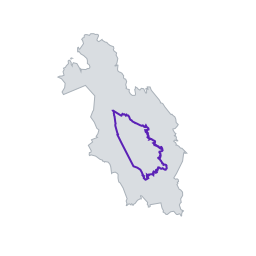 Qaraghandy highlighted on a map of Kazakhstan, rotated 63°
{"feature_id": "KAZ-3203", "entity_name": "Qaraghandy", "entity_type": "Region", "adm_level": 1, "iso_a3": "KAZ", "parent_name": "Kazakhstan", "parent_adm1": "", "projection": "robinson", "projection_center": [73.067, 48.605], "detail": "fine", "context": "in_parent", "style": "outline", "palette": "violet", "viewbox_px": 256, "rotation_deg": 63, "n_neighbors": 0, "source": "natural_earth", "source_scale": "10m", "svg_char_len": 7358}
<svg xmlns="http://www.w3.org/2000/svg" viewBox="0 0 256 256"><g transform="rotate(63 128 128)"><path d="M147.8,164.3L146.6,164.8L145.9,165.7L145.0,165.4L143.3,167.1L138.3,169.6L135.2,173.1L135.1,174.8L134.3,174.8L132.4,173.6L132.8,172.2L131.8,171.1L125.4,171.2L124.4,165.9L121.9,165.9L122.5,159.5L121.0,160.2L119.4,157.4L116.5,154.8L114.0,155.9L107.6,155.4L101.2,156.3L97.2,151.9L96.4,150.5L84.3,143.0L70.7,146.6L68.9,170.3L66.0,170.4L63.3,166.1L59.6,163.7L53.9,164.9L50.8,167.3L50.8,165.2L51.8,163.1L51.9,161.0L48.3,160.3L47.0,158.4L45.4,158.3L45.6,156.3L44.5,154.6L43.6,151.8L41.1,150.9L40.8,150.0L41.1,149.3L41.7,149.0L44.0,148.9L45.6,149.8L47.5,149.6L46.4,149.0L45.0,147.1L47.4,144.3L52.6,144.0L56.6,144.4L54.5,142.9L56.8,139.0L56.6,137.2L57.3,135.9L56.9,134.7L56.2,134.1L54.0,133.9L52.1,134.9L49.6,133.6L47.4,133.1L43.4,134.6L40.5,136.4L37.6,136.9L37.6,137.6L37.3,137.4L36.8,137.7L36.9,138.1L33.9,136.6L33.5,136.1L33.6,135.5L35.4,135.7L35.9,135.3L32.6,129.3L29.2,128.7L28.2,129.1L27.3,127.8L27.4,126.0L25.5,124.8L25.4,123.8L26.1,122.3L28.0,120.2L27.1,118.8L27.3,117.9L28.4,115.7L29.8,114.7L30.5,113.0L31.5,112.2L32.5,112.4L35.2,115.6L35.6,115.8L37.3,115.2L37.8,114.7L37.3,110.9L38.2,111.0L41.0,109.4L42.1,108.0L43.7,107.7L46.3,106.5L49.0,104.0L50.8,104.5L51.5,105.5L52.9,105.5L56.0,104.1L57.6,105.5L61.4,105.5L65.0,108.3L66.3,109.9L66.4,111.1L66.7,111.4L67.3,110.6L67.0,108.8L67.5,108.4L70.8,110.6L72.4,111.1L74.3,110.3L74.9,109.5L76.7,108.4L77.3,108.6L79.3,108.1L81.3,109.2L82.4,109.0L83.4,107.9L86.0,108.1L88.4,110.4L91.2,110.9L91.5,111.7L92.9,111.1L94.3,109.4L96.0,110.5L98.6,110.4L100.9,109.4L102.0,107.1L101.9,106.5L101.0,105.8L96.7,104.5L96.4,103.7L94.7,102.7L96.7,101.5L97.9,101.3L99.6,100.2L98.7,98.1L100.2,96.2L104.7,96.4L105.2,96.0L105.0,95.4L103.3,94.6L101.1,94.3L100.9,93.9L101.3,93.3L102.8,92.8L102.5,92.4L101.4,92.6L100.1,92.2L101.5,89.7L104.9,90.1L117.3,87.4L119.6,87.3L120.3,87.7L121.1,86.6L122.3,85.9L125.9,85.6L135.3,83.7L135.7,83.3L135.6,82.6L137.1,82.3L139.3,81.2L141.8,81.4L145.0,82.6L147.7,81.7L148.5,82.8L149.8,86.1L149.6,87.5L149.2,88.2L149.3,88.5L150.5,88.8L153.8,88.5L154.6,87.8L155.6,89.0L155.9,90.2L156.6,89.8L156.5,89.2L158.2,89.1L159.7,90.1L162.0,89.5L161.9,90.2L160.1,91.6L160.0,92.3L160.6,93.3L162.7,92.2L164.5,92.4L165.1,93.0L165.6,92.0L167.5,90.9L169.3,90.5L170.1,90.0L170.4,89.2L177.1,87.0L176.3,88.9L175.1,88.9L175.5,89.7L182.3,94.4L190.5,105.4L193.3,109.9L195.4,108.8L195.5,107.4L196.8,106.7L198.8,107.3L198.6,108.7L200.2,108.8L200.6,110.1L205.8,110.2L207.0,109.2L209.9,108.5L212.9,109.9L215.1,113.3L218.5,114.4L218.6,115.4L219.9,117.2L224.7,117.9L227.0,116.2L227.3,116.7L226.9,117.5L227.8,118.0L228.9,119.3L230.1,119.7L230.6,120.6L228.0,120.8L227.7,121.5L227.7,123.0L226.9,124.1L223.0,125.0L222.0,128.0L222.9,132.2L222.2,133.4L220.9,133.6L218.7,134.9L218.0,134.0L214.7,134.0L209.6,132.7L206.5,142.8L206.5,143.2L208.0,143.9L208.1,144.7L207.7,145.8L206.3,145.2L204.7,145.5L203.3,144.3L195.0,146.5L194.0,147.3L194.7,147.9L196.0,147.8L197.2,148.4L196.6,149.4L196.7,152.4L198.4,155.8L198.5,157.5L199.2,158.4L199.0,158.8L198.3,158.6L197.1,159.2L197.1,159.6L197.9,160.3L196.2,161.2L196.0,161.9L196.6,164.4L196.3,164.7L194.8,163.2L192.2,162.8L190.6,160.9L179.4,159.6L173.4,159.9L172.3,160.6L170.9,160.5L168.0,159.6L164.9,157.9L163.5,158.2L161.5,159.4L160.8,162.1L161.1,163.3L154.8,161.0L152.1,160.6L149.4,161.2L147.5,163.7L147.8,164.3ZM40.7,147.5L40.2,147.6L39.8,147.0L40.0,146.3L40.5,146.0L40.0,146.9L40.7,147.5ZM54.0,143.9L53.5,143.8L53.3,143.5L53.9,143.3L54.0,143.9Z" fill="#d9dde1" stroke="#a8b0b8" stroke-width="1"/><path d="M120.9,122.2L122.0,122.0L122.5,121.5L123.1,121.2L124.1,121.1L125.9,119.8L126.5,119.6L126.8,119.0L127.4,118.8L127.8,118.3L131.2,115.8L132.4,114.6L132.4,114.2L132.4,113.9L132.4,113.6L132.7,113.5L134.2,113.1L134.7,112.7L135.0,112.2L134.5,111.9L134.3,111.7L134.1,111.6L134.0,111.2L133.8,110.9L135.6,110.9L136.5,110.4L137.0,110.2L137.6,110.0L138.7,110.4L138.6,111.1L138.5,111.5L138.4,111.7L138.3,112.3L138.0,113.0L137.7,113.6L139.4,114.0L139.9,113.9L140.2,113.7L140.2,113.4L140.3,113.5L140.6,113.5L140.9,113.1L141.1,112.7L141.5,112.6L141.6,112.8L141.9,112.8L142.2,113.2L142.4,113.2L142.3,113.6L142.7,113.7L143.2,113.6L144.5,113.3L144.8,113.4L144.9,113.6L145.2,113.8L144.8,114.3L145.0,114.8L146.6,114.3L147.0,113.3L147.6,113.1L147.9,113.2L148.0,113.4L148.1,112.8L148.4,112.2L148.5,112.1L148.8,112.0L149.3,111.8L149.6,111.7L149.7,111.4L150.2,111.3L150.4,111.1L150.7,111.0L151.2,110.4L151.7,110.1L151.8,110.0L152.0,110.0L152.4,110.1L152.5,110.3L152.8,110.3L153.3,110.7L153.0,111.0L153.1,111.6L153.0,111.8L152.9,112.0L152.9,112.3L153.1,112.2L153.6,112.1L155.0,112.2L155.0,111.5L155.3,111.4L155.5,111.2L156.1,111.4L156.3,111.2L156.2,111.1L156.1,110.9L156.3,110.8L156.2,110.7L156.3,110.5L156.6,110.4L156.8,110.3L157.0,110.3L157.5,110.2L157.7,109.9L157.7,109.7L158.1,109.3L158.9,109.5L159.1,109.3L159.3,109.2L159.8,109.0L159.7,108.8L160.0,108.7L160.8,108.5L161.3,108.2L161.6,107.9L161.4,107.8L160.9,107.6L160.6,107.9L160.4,108.0L160.4,107.8L160.2,107.6L160.0,107.3L159.9,107.1L160.0,106.9L160.3,106.9L161.2,106.8L162.1,106.9L163.7,107.4L163.8,107.7L163.9,108.0L164.0,108.3L163.9,108.6L163.7,109.8L163.5,110.3L163.4,110.7L163.9,111.1L165.1,111.0L165.5,110.9L165.8,110.8L166.3,111.0L166.8,111.2L166.8,111.7L167.1,112.0L167.6,111.6L168.1,112.0L168.3,112.1L168.5,112.3L168.7,112.6L168.9,113.1L169.3,113.3L168.8,113.7L168.3,113.8L168.2,114.0L168.3,114.6L168.8,114.7L169.9,114.1L170.4,113.8L171.8,113.8L172.1,113.5L172.5,113.6L174.4,113.3L175.0,113.6L175.4,113.1L175.6,113.1L175.9,112.9L176.4,112.9L177.0,113.1L177.1,112.4L177.3,111.7L178.4,110.8L179.1,110.8L179.5,111.2L180.5,111.4L181.6,111.9L181.8,112.3L181.8,112.9L181.9,113.3L182.2,113.5L181.9,114.0L180.8,114.8L180.2,115.1L179.8,115.2L179.5,115.4L179.5,115.5L179.5,115.8L179.6,116.0L179.6,116.3L179.4,117.0L178.5,117.6L177.5,118.0L176.8,118.9L177.1,119.3L177.7,119.6L178.2,120.0L178.2,120.3L178.9,120.8L178.6,121.1L178.1,121.2L178.1,122.0L178.6,122.4L179.7,122.2L180.5,122.3L180.6,122.9L180.5,123.3L180.5,123.6L180.0,124.0L179.4,124.4L178.9,124.4L178.7,124.6L178.6,124.9L178.4,125.0L178.5,125.2L178.9,125.4L179.1,125.7L179.6,125.7L180.0,125.9L179.5,126.1L179.7,126.5L180.3,126.8L180.9,127.0L180.2,127.3L180.0,127.9L179.7,128.4L179.2,129.9L179.4,130.0L179.5,130.3L179.7,131.1L178.8,131.3L178.8,131.6L178.7,131.9L178.5,132.2L178.3,132.3L178.6,132.4L179.2,133.0L180.3,133.3L180.5,132.8L181.9,132.7L182.1,135.0L182.0,135.9L181.6,136.1L181.3,136.1L181.0,136.2L180.6,136.3L180.4,136.3L180.3,136.5L180.2,136.6L179.8,136.7L179.7,136.7L179.5,136.3L179.3,136.2L179.1,136.1L178.8,136.1L178.7,136.1L178.3,135.9L178.2,135.8L178.1,136.0L178.3,136.3L178.5,136.5L178.2,136.4L177.7,136.3L177.6,136.2L177.6,135.9L177.4,136.0L177.2,136.0L177.0,135.9L176.9,135.9L176.7,136.0L176.5,136.3L176.4,136.2L176.0,136.0L175.9,136.1L175.6,136.1L174.7,135.9L173.3,135.8L172.0,135.9L170.8,135.9L167.6,137.7L164.6,140.5L138.9,140.6L129.2,140.5L129.1,139.8L128.5,139.8L127.7,139.8L120.4,138.3L119.4,137.9L118.2,136.9L117.7,136.9L111.7,134.8L111.6,134.7L111.3,134.7L110.6,134.7L109.4,134.2L108.7,134.1L107.4,133.3L105.8,133.5L105.9,133.2L106.9,132.7L113.5,128.7L114.0,128.2L113.8,127.9L112.9,126.5L114.1,125.6L114.2,124.9L115.3,124.4L115.9,124.3L115.7,123.8L115.8,123.5L115.7,123.3L116.3,123.3L117.0,122.1L118.6,121.9L120.9,122.2Z" fill="none" stroke="#5b21b6" stroke-width="2"/></g></svg>